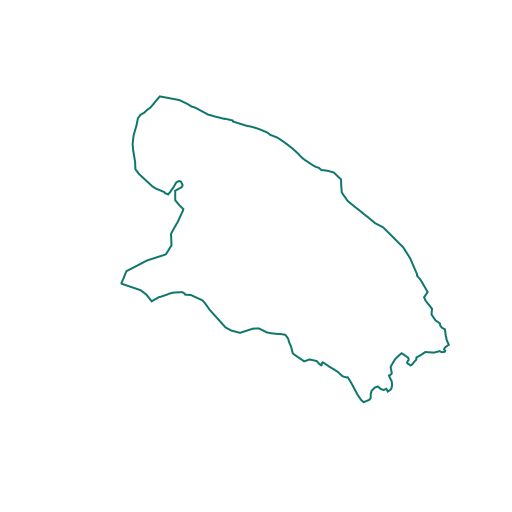 the district of Al Marawi'ah, Al Hudaydah, Yemen, rotated 56°
{"feature_id": "15242507B52368246204480", "entity_name": "Al Marawi'ah", "entity_type": "district", "adm_level": 2, "iso_a3": "YEM", "parent_name": "Yemen", "parent_adm1": "Al Hudaydah", "projection": "albers", "projection_center": [43.217, 14.842], "detail": "fine", "context": "isolated", "style": "outline", "palette": "teal", "viewbox_px": 512, "rotation_deg": 56, "n_neighbors": 0, "source": "geoboundaries", "source_scale": "gbopen_adm2", "svg_char_len": 4429}
<svg xmlns="http://www.w3.org/2000/svg" viewBox="0 0 512 512"><g transform="rotate(56 256 256)"><path d="M69.9,246.5L70.3,248.1L73.0,257.3L73.9,260.6L74.0,264.6L74.3,266.6L74.4,267.1L74.5,267.6L74.7,268.8L74.6,269.6L74.5,270.8L74.3,272.8L74.4,273.1L75.7,276.6L75.8,276.9L78.3,279.4L78.7,279.8L80.7,281.8L87.6,290.1L94.2,295.7L99.4,298.6L110.6,303.7L116.6,307.5L122.9,307.1L140.2,303.0L143.6,301.6L144.7,300.9L147.6,299.0L151.7,296.3L153.1,296.3L154.0,295.6L155.3,294.7L155.8,294.4L155.6,294.0L155.1,291.6L154.1,289.4L153.5,287.5L153.4,287.2L152.4,285.0L151.1,282.4L150.4,280.9L150.8,277.9L152.4,276.6L156.2,277.2L157.4,279.1L157.3,279.8L156.7,286.5L157.0,286.7L164.2,291.5L164.4,291.6L164.7,291.8L172.0,291.0L176.5,290.0L177.7,291.5L184.5,302.7L184.7,303.3L184.8,303.7L185.9,305.7L186.9,307.8L188.8,311.6L190.1,314.0L191.1,314.7L192.5,315.5L194.1,316.5L195.9,317.6L197.0,318.3L199.9,320.1L204.0,329.3L204.2,329.9L204.0,330.6L203.6,332.3L202.5,335.9L201.8,338.3L201.2,340.5L198.8,348.8L198.4,351.7L198.3,353.1L197.5,360.2L196.1,371.9L199.4,376.8L201.2,379.5L201.3,379.7L202.2,381.1L203.2,382.7L203.9,382.9L219.8,370.8L226.6,368.5L235.3,367.8L235.3,367.6L235.3,365.0L235.7,362.2L235.8,359.6L236.6,357.6L237.4,354.4L238.2,351.6L238.6,349.4L239.8,345.8L240.8,343.8L242.4,341.2L243.0,340.2L243.9,338.7L244.8,337.3L246.1,336.7L247.0,336.3L248.5,336.3L251.9,331.8L259.1,327.5L262.5,325.3L266.2,324.7L274.8,324.5L298.2,321.2L304.1,318.1L310.8,312.2L311.8,308.6L314.3,299.9L314.5,299.2L317.0,295.1L317.6,294.2L321.5,291.9L323.2,290.9L323.8,290.6L324.9,290.2L328.1,287.1L331.4,283.3L335.1,278.5L337.7,275.8L340.1,275.6L342.5,275.6L346.2,276.8L351.0,277.7L357.1,279.9L359.1,279.4L359.9,279.1L363.5,277.7L368.8,275.5L369.2,275.4L370.2,275.1L371.8,269.5L371.8,269.3L372.3,268.9L376.3,265.1L377.1,264.4L380.1,264.0L381.7,263.7L383.1,263.1L383.0,262.4L382.8,262.1L382.3,262.0L381.8,261.6L381.4,260.3L382.0,259.8L385.3,258.5L389.4,256.8L394.8,254.3L398.1,252.9L398.6,252.8L403.8,251.6L405.0,250.8L406.0,250.0L407.6,248.6L407.8,247.8L413.0,247.9L418.3,248.4L427.8,249.4L432.0,249.4L434.4,249.3L437.4,248.5L438.6,242.3L438.5,242.1L438.3,241.5L437.8,240.2L434.7,238.2L434.1,237.5L432.4,235.6L431.8,232.5L431.5,230.9L431.9,229.6L432.0,229.2L432.3,228.0L435.9,227.0L438.5,225.1L439.0,222.2L442.1,222.5L442.0,219.0L441.4,217.6L440.3,216.5L439.0,215.2L435.3,213.4L433.9,213.4L432.2,213.1L430.1,212.8L429.7,212.7L429.4,212.6L429.4,212.3L429.5,212.0L429.7,211.7L429.7,211.0L429.5,209.9L429.3,209.2L429.0,208.9L423.5,206.6L423.0,205.8L422.3,204.7L422.1,204.3L421.1,202.2L419.4,198.5L419.0,196.5L418.6,194.4L418.0,189.7L420.7,188.6L421.8,188.1L423.5,187.5L425.2,186.8L426.7,187.0L427.6,187.7L428.1,189.4L429.1,190.5L430.2,190.4L431.0,189.8L433.1,189.2L433.2,188.4L433.3,187.6L433.0,186.2L432.2,184.2L432.2,183.8L432.1,183.6L431.6,181.2L429.9,179.8L429.8,179.7L430.3,175.1L430.3,173.7L430.3,169.5L430.3,169.3L434.0,164.6L435.6,162.5L437.6,156.9L438.7,156.4L439.6,155.7L440.7,153.9L440.8,152.9L440.4,152.2L439.8,152.3L438.7,152.3L438.1,151.7L437.5,150.3L437.4,145.8L432.9,145.0L431.6,144.7L430.0,143.8L429.7,143.7L428.5,143.4L422.5,140.4L419.6,141.9L417.0,142.2L414.6,141.3L409.8,143.2L402.6,143.2L398.2,139.6L391.9,140.1L387.8,140.4L384.2,139.7L381.8,133.8L379.7,133.7L376.9,133.5L376.5,133.5L367.9,132.9L364.4,133.3L362.2,133.5L361.6,132.8L354.4,131.4L344.3,129.5L331.1,129.1L326.8,130.0L312.6,132.7L307.4,133.8L303.3,134.6L295.2,139.0L294.5,139.1L291.6,140.0L286.7,141.4L282.5,142.8L280.9,143.3L279.1,143.8L272.5,145.9L270.0,146.7L266.3,147.8L261.4,149.3L256.6,149.3L253.3,149.4L251.7,149.3L251.3,149.3L251.0,149.2L245.3,146.0L240.3,142.8L239.3,142.7L238.4,143.1L230.3,144.8L225.8,148.6L223.1,151.5L221.4,153.7L218.0,154.6L215.8,156.4L214.1,157.4L211.2,158.7L208.4,159.9L206.0,160.8L205.6,161.0L203.2,162.0L200.7,162.8L198.2,163.3L195.5,163.7L192.8,164.3L190.3,164.9L187.4,165.6L184.7,166.5L181.9,167.4L179.3,168.3L176.1,169.5L172.9,170.8L170.5,171.8L169.3,172.4L163.6,176.4L160.4,177.4L158.5,178.5L158.1,178.8L155.5,180.5L154.0,181.5L152.8,182.3L150.0,184.4L148.0,186.0L145.5,188.2L143.4,190.4L142.4,191.3L131.6,199.9L130.7,199.5L125.1,204.7L124.8,205.0L124.9,205.3L122.8,207.2L120.7,209.0L120.3,209.4L118.9,210.7L116.6,212.8L115.3,213.7L112.1,216.6L108.2,218.6L100.4,222.7L99.9,223.0L99.5,223.2L98.7,223.7L97.8,224.3L96.1,225.8L93.8,226.9L93.1,227.1L90.0,228.7L88.4,229.7L83.8,232.4L69.9,246.5Z" fill="none" stroke="#0f766e" stroke-width="2"/></g></svg>